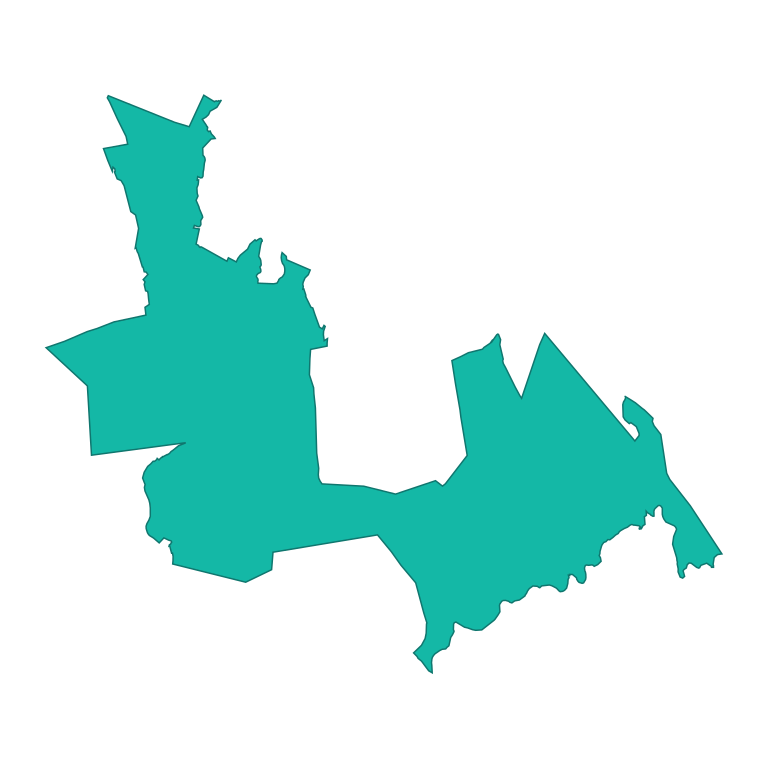 outline of Santa María Jacatepec, Oaxaca, Mexico
{"feature_id": "50627088B44286312453490", "entity_name": "Santa María Jacatepec", "entity_type": "district", "adm_level": 2, "iso_a3": "MEX", "parent_name": "Mexico", "parent_adm1": "Oaxaca", "projection": "robinson", "projection_center": [-96.105, 17.868], "detail": "fine", "context": "isolated", "style": "filled", "palette": "teal", "viewbox_px": 768, "rotation_deg": 0, "n_neighbors": 0, "source": "geoboundaries", "source_scale": "gbopen_adm2", "svg_char_len": 6123}
<svg xmlns="http://www.w3.org/2000/svg" viewBox="0 0 768 768"><path d="M428.7,670.8L432.2,672.8L431.8,665.3L431.5,662.7L431.9,658.9L432.5,657.1L433.6,655.4L435.0,653.8L439.8,650.5L442.2,649.3L445.7,648.9L447.0,647.3L448.9,645.8L450.7,637.5L452.5,634.7L454.0,631.6L453.9,630.7L453.4,629.6L453.6,624.1L454.2,622.8L455.9,622.0L464.5,627.2L467.6,627.9L472.6,629.7L475.7,630.3L481.8,629.9L493.9,620.4L494.9,619.4L498.0,615.0L499.9,611.8L499.5,605.4L499.8,604.1L501.7,601.3L503.1,600.5L505.6,600.4L508.7,601.3L509.9,602.3L511.9,602.9L514.7,600.9L519.4,600.0L525.0,595.9L525.2,595.1L526.5,593.3L527.6,590.9L529.3,588.6L532.9,586.0L537.3,586.3L539.3,587.6L539.8,587.7L541.7,585.9L549.4,585.0L552.0,585.8L556.0,587.9L557.0,588.7L558.9,590.8L560.2,591.7L562.8,591.3L564.6,590.3L566.6,588.1L567.8,583.5L568.1,579.2L568.7,578.4L569.0,577.4L568.4,575.2L569.7,575.4L569.6,574.4L572.5,574.5L575.9,577.3L576.4,577.7L576.8,579.4L578.0,581.3L579.1,582.4L582.1,583.3L583.6,582.9L585.6,579.5L585.9,577.5L585.8,574.2L585.4,572.0L584.9,571.1L584.5,568.3L584.7,567.0L585.4,565.5L586.5,565.0L588.6,565.3L591.7,564.9L593.0,565.2L594.2,566.3L597.7,564.6L601.1,561.3L600.4,557.6L599.2,555.6L599.9,553.6L600.0,551.5L601.4,546.5L602.1,544.7L603.8,542.4L606.0,541.6L607.8,539.6L609.8,539.8L613.0,537.4L615.6,535.0L618.2,533.5L619.3,531.7L620.7,530.6L624.3,528.5L627.4,527.2L629.2,525.9L629.3,525.6L631.0,524.7L632.0,524.5L633.9,525.2L634.6,525.1L639.1,525.8L640.8,527.3L639.3,528.0L639.2,528.7L639.4,529.1L641.3,528.8L643.0,525.7L645.0,524.4L644.4,516.7L646.4,515.4L646.2,511.2L647.6,512.8L650.2,514.3L650.8,515.1L653.0,516.3L654.0,516.1L653.9,511.1L654.4,509.5L655.0,508.6L658.1,505.7L659.1,505.4L660.6,505.8L662.3,508.1L662.3,514.4L662.8,516.6L663.8,518.9L665.9,522.0L674.3,525.8L675.5,527.0L676.4,528.7L676.5,529.4L676.3,530.0L673.7,536.5L672.6,544.2L676.7,557.8L677.0,560.8L677.4,561.9L677.2,564.0L678.2,568.8L678.1,571.9L680.2,577.1L682.7,578.1L684.6,576.4L683.1,570.8L684.0,569.5L686.3,568.0L687.2,564.8L689.0,563.0L691.2,563.2L696.7,567.4L698.7,568.1L699.6,567.7L700.9,565.3L706.7,563.2L711.8,566.7L711.6,567.3L713.5,567.3L713.5,565.6L713.1,564.3L714.2,557.5L717.5,554.6L721.9,553.9L690.3,505.8L669.8,479.5L666.7,473.3L660.8,434.5L654.0,425.7L652.3,421.5L653.0,418.3L644.3,409.9L642.1,408.3L635.4,402.8L631.0,400.0L625.1,396.4L624.6,396.2L625.7,396.8L625.1,399.4L623.5,402.0L622.8,404.7L623.2,416.9L625.1,420.0L629.3,423.6L630.9,422.6L636.3,426.6L639.1,433.5L639.1,435.5L634.9,441.0L544.7,333.4L539.7,344.6L521.6,398.3L519.7,395.4L515.2,387.1L505.7,367.9L503.3,363.5L502.7,360.8L503.2,359.1L499.8,344.7L500.6,339.7L498.5,334.4L497.7,334.1L496.7,334.8L492.0,341.6L491.9,340.8L490.1,343.3L483.9,347.5L482.5,349.2L468.4,352.7L460.1,356.9L451.9,360.6L455.5,383.8L460.0,409.9L460.9,417.3L467.2,455.5L445.4,483.8L442.5,486.1L435.5,480.7L395.5,494.1L363.8,486.2L322.0,483.9L320.2,481.3L318.7,478.1L318.3,474.7L318.7,468.3L316.7,453.1L315.4,408.0L313.9,393.8L313.6,387.7L309.4,374.8L309.9,358.9L310.6,349.4L327.1,346.1L327.1,343.2L327.5,338.6L324.2,340.7L323.4,334.7L323.6,331.2L325.2,326.4L324.0,325.4L322.3,328.8L319.5,327.2L314.8,314.2L312.8,308.0L310.9,307.2L305.6,296.4L305.9,296.2L305.7,294.7L303.8,288.9L302.8,289.2L303.3,286.6L302.8,284.4L303.2,282.2L305.0,278.0L308.3,274.7L310.2,270.0L286.6,259.8L286.3,256.4L282.1,252.6L281.5,254.9L281.2,257.7L281.6,260.6L282.5,263.4L283.9,265.3L284.4,266.6L284.8,268.9L284.8,271.2L284.3,274.0L282.3,276.9L280.3,278.1L278.9,279.4L278.3,281.1L276.9,283.2L273.5,283.8L258.0,283.2L257.8,281.3L258.1,280.1L257.8,278.8L256.7,277.2L256.4,276.3L256.7,275.1L258.3,273.4L259.8,272.8L260.5,272.2L260.9,271.2L260.7,269.4L259.9,267.1L260.0,266.6L260.7,266.0L261.2,264.9L260.8,260.6L260.3,259.0L258.7,256.3L260.6,245.0L261.5,241.8L262.2,241.2L262.1,240.0L261.1,238.5L260.2,238.4L259.1,238.9L256.1,240.9L255.0,239.8L250.0,244.1L247.6,249.1L240.3,255.2L237.9,258.4L236.3,261.9L228.4,257.8L226.9,261.2L202.2,247.4L200.9,246.8L200.1,247.4L199.2,246.7L198.5,245.4L196.1,244.1L199.3,229.0L193.5,228.0L194.4,225.4L198.2,226.7L199.5,226.6L200.5,225.4L200.9,224.3L200.7,220.7L202.7,217.3L202.3,215.6L199.4,208.8L198.9,206.8L196.1,200.3L198.0,196.0L197.2,193.3L196.9,187.8L198.1,184.8L198.4,182.7L198.6,179.9L197.2,180.1L197.7,176.6L200.5,177.9L202.1,177.7L203.0,176.2L203.2,172.0L203.7,169.6L204.4,163.1L205.1,160.5L205.1,159.3L204.8,157.9L204.1,156.5L203.0,155.3L202.7,148.0L211.1,139.0L215.2,138.5L214.3,137.0L211.4,133.9L210.1,131.0L208.6,131.6L207.2,130.0L207.7,127.5L207.4,126.8L206.7,126.5L206.6,125.7L202.3,119.3L206.0,117.1L208.5,114.7L210.1,111.2L216.9,107.3L221.4,100.0L219.8,101.3L218.8,100.7L217.8,101.3L216.3,100.9L214.8,101.3L214.4,101.7L203.8,95.2L189.2,126.7L174.6,122.3L108.3,95.7L107.3,97.8L109.6,101.8L117.4,118.9L126.1,136.5L127.7,144.2L103.5,148.6L107.8,160.5L112.3,171.3L113.0,167.2L114.8,168.8L115.2,171.4L114.4,171.9L117.2,178.9L121.1,180.6L124.1,185.7L130.8,211.6L135.6,215.0L138.6,228.4L135.2,248.2L136.0,247.7L137.3,251.8L138.3,253.5L142.4,267.0L143.1,267.2L144.2,271.8L146.2,272.1L147.9,274.5L143.2,279.6L145.0,281.8L144.2,284.4L145.6,290.8L147.6,291.4L148.1,293.6L148.6,299.1L149.3,304.4L145.0,307.3L145.9,315.1L114.0,321.9L97.1,328.5L87.2,331.6L64.6,341.3L46.1,347.7L87.4,385.9L91.5,455.2L185.7,442.7L184.9,443.2L178.5,445.8L172.8,450.4L171.1,451.5L169.6,453.3L167.6,454.7L167.2,454.5L163.1,456.7L162.5,456.6L162.3,457.3L161.6,457.4L160.5,458.3L159.0,459.9L157.2,458.4L156.6,459.7L154.4,461.4L153.2,461.2L150.6,464.0L147.7,466.4L144.2,472.2L142.6,478.0L145.1,484.6L144.4,487.4L145.0,491.0L148.9,499.9L149.8,503.4L150.3,508.0L150.3,516.4L148.9,520.1L146.9,523.7L146.1,526.2L146.2,528.6L146.8,530.7L147.5,532.8L148.6,534.6L149.6,535.6L153.5,538.0L159.2,542.9L163.9,537.9L168.8,540.2L171.0,540.8L171.7,542.1L171.1,542.8L170.7,544.0L169.4,544.8L169.1,545.9L169.6,545.6L171.6,553.2L172.5,553.1L173.1,556.4L173.0,560.9L172.7,564.0L245.7,582.2L271.6,569.7L273.0,552.2L377.5,534.9L391.4,551.8L401.0,565.3L415.7,582.8L423.8,613.0L426.9,623.0L426.5,623.9L426.2,633.2L425.1,638.6L421.5,645.3L413.6,652.9L417.1,656.5L418.1,658.4L421.5,661.1L428.7,670.8Z" fill="#14b8a6" stroke="#0f766e" stroke-width="1.5"/></svg>